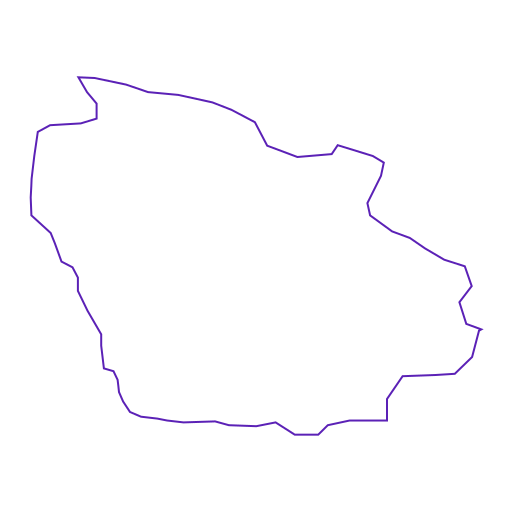 Ydre, Östergötland, Sweden
{"feature_id": "70781695B77319052576645", "entity_name": "Ydre", "entity_type": "district", "adm_level": 2, "iso_a3": "SWE", "parent_name": "Sweden", "parent_adm1": "Östergötland", "projection": "robinson", "projection_center": [15.27, 57.891], "detail": "fine", "context": "isolated", "style": "outline", "palette": "violet", "viewbox_px": 512, "rotation_deg": 0, "n_neighbors": 0, "source": "geoboundaries", "source_scale": "gbopen_adm2", "svg_char_len": 977}
<svg xmlns="http://www.w3.org/2000/svg" viewBox="0 0 512 512"><path d="M481.3,329.4L466.3,323.9L459.4,302.2L471.7,286.1L464.8,266.3L444.2,259.7L425.0,248.4L409.9,238.0L392.1,231.4L370.1,215.4L367.4,203.1L381.0,175.8L383.8,162.6L372.8,156.0L337.7,145.2L331.7,154.1L297.4,157.0L267.2,145.7L254.9,122.2L231.6,109.9L212.4,102.4L178.2,94.9L148.0,92.1L126.1,84.6L94.6,78.0L78.4,77.3L87.0,92.1L96.6,103.6L96.6,118.6L80.8,123.4L50.1,125.2L37.8,131.9L34.3,155.9L31.6,178.8L31.3,186.2L30.7,197.5L31.4,215.4L50.7,233.0L54.9,243.4L61.5,261.6L72.5,267.3L77.9,277.6L77.9,290.9L87.5,310.7L101.2,334.3L101.2,345.7L103.9,368.4L113.5,371.2L117.6,379.8L118.3,385.6L119.0,392.1L123.1,401.5L130.0,412.0L141.0,416.7L157.4,418.6L167.0,420.5L183.5,422.4L215.1,421.4L228.9,425.2L256.3,426.2L275.6,422.4L294.8,434.7L318.2,434.7L327.8,425.2L349.7,420.5L387.0,420.5L387.0,399.0L402.6,376.2L435.6,375.0L454.8,373.8L472.1,357.0L479.0,330.7L481.3,329.4Z" fill="none" stroke="#5b21b6" stroke-width="2"/></svg>